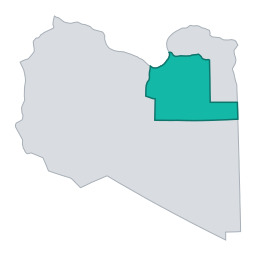 location of Ajdabiya within Libya
{"feature_id": "LBY-2983", "entity_name": "Ajdabiya", "entity_type": "Municipality", "adm_level": 1, "iso_a3": "LBY", "parent_name": "Libya", "parent_adm1": "", "projection": "orthographic", "projection_center": [21.402, 29.135], "detail": "fine", "context": "in_parent", "style": "filled", "palette": "teal", "viewbox_px": 256, "rotation_deg": 0, "n_neighbors": 0, "source": "natural_earth", "source_scale": "10m", "svg_char_len": 4021}
<svg xmlns="http://www.w3.org/2000/svg" viewBox="0 0 256 256"><path d="M23.1,60.6L24.8,59.9L27.2,59.2L28.5,58.6L29.0,58.0L31.0,55.7L32.0,54.5L33.4,52.7L34.1,51.5L34.2,50.2L34.2,48.8L33.6,45.2L33.2,41.7L33.9,40.5L34.5,39.9L35.7,38.4L36.1,38.1L38.5,37.8L39.5,36.8L40.3,35.6L40.6,34.9L41.6,34.3L42.9,33.6L43.7,32.8L46.2,31.5L48.5,30.4L51.2,29.2L53.3,28.2L53.8,27.3L53.8,26.5L52.9,24.5L53.1,22.3L53.4,20.5L53.6,19.4L54.3,16.4L54.4,16.0L56.3,17.2L58.4,17.7L64.2,22.0L66.2,22.6L70.5,23.4L75.7,22.2L77.7,22.1L81.0,23.7L82.4,24.3L84.9,24.5L89.1,26.1L90.2,26.6L92.5,28.9L93.7,29.6L102.5,32.0L103.6,33.3L104.8,35.8L104.6,38.9L105.2,41.1L106.2,44.0L107.4,46.1L108.8,47.8L110.5,48.9L114.4,50.7L118.8,51.5L123.4,51.8L131.0,54.3L137.6,57.0L139.2,58.2L142.4,59.5L148.9,65.5L152.6,67.6L155.1,68.0L157.5,67.7L161.6,65.7L163.4,64.6L167.6,59.6L169.0,57.0L169.5,55.2L169.4,53.3L168.9,51.6L167.8,49.8L167.0,47.5L166.6,43.3L167.3,40.4L168.1,38.7L169.3,36.9L172.7,33.5L176.2,31.2L182.1,28.1L185.6,28.0L187.0,27.7L189.9,25.5L191.0,25.4L192.6,25.9L197.3,25.7L199.4,26.3L201.8,27.7L205.0,28.5L207.2,29.4L209.5,30.4L210.1,33.1L209.9,34.0L209.8,35.0L212.3,36.9L219.3,37.6L220.6,38.1L222.6,39.5L223.8,39.9L228.6,40.0L231.4,39.6L234.0,40.1L235.0,40.5L236.1,41.6L237.4,44.3L237.9,45.2L237.4,45.7L236.7,46.7L236.2,47.5L235.0,49.0L234.0,50.5L234.2,52.6L234.5,54.8L235.3,57.0L235.9,59.4L235.8,60.9L235.4,62.9L234.8,64.5L232.8,67.9L232.5,68.7L232.6,69.8L234.0,73.7L234.2,75.0L235.0,78.8L235.8,81.9L236.7,84.3L236.8,85.0L236.9,88.6L237.0,92.2L237.2,95.8L237.3,99.4L237.4,103.0L237.5,106.6L237.6,110.2L237.7,113.8L237.8,117.4L237.9,121.0L238.0,124.6L238.1,128.2L238.2,131.8L238.3,135.4L238.4,139.0L238.5,142.6L238.6,146.2L238.7,149.8L238.8,153.3L238.9,156.9L239.0,160.5L239.1,164.1L239.1,167.7L239.2,171.3L239.3,174.9L239.4,178.5L239.5,182.1L239.6,185.6L239.7,189.2L239.8,192.8L239.9,196.4L239.9,200.0L240.1,207.9L240.3,215.8L240.5,223.7L240.6,231.6L236.7,231.8L233.0,231.9L229.3,232.0L225.6,232.1L225.6,234.1L225.7,236.1L225.7,238.0L225.7,240.0L218.4,236.4L211.2,232.8L203.9,229.1L196.7,225.4L189.5,221.7L182.3,217.9L175.1,214.1L168.0,210.3L160.9,206.5L153.8,202.6L146.7,198.7L139.7,194.7L132.7,190.7L125.7,186.7L118.7,182.7L111.8,178.6L107.0,175.8L101.7,178.1L97.5,179.9L92.0,182.2L85.6,185.3L80.7,187.6L80.3,187.5L75.6,182.7L71.9,179.0L70.2,177.9L63.0,175.7L55.9,173.4L48.5,170.9L47.3,168.0L46.0,164.7L44.2,160.6L43.1,158.1L42.7,157.7L37.1,155.3L31.2,152.9L27.5,153.7L26.9,153.5L26.0,152.7L25.1,151.6L24.6,150.2L23.4,148.3L22.4,144.0L22.6,140.7L22.4,139.5L19.7,134.5L17.2,130.0L15.6,127.0L15.4,125.6L15.7,124.1L16.6,122.8L19.5,121.4L22.1,119.8L22.6,118.6L23.0,115.1L22.3,114.0L21.9,111.9L21.6,109.0L21.7,107.2L23.1,103.8L24.7,100.2L24.3,96.0L24.5,87.7L25.5,81.2L25.4,78.8L25.3,77.8L24.8,74.7L24.1,71.4L23.8,70.2L22.7,67.6L21.0,64.2L20.1,62.1L21.7,61.3L23.1,60.6Z" fill="#d9dde1" stroke="#a8b0b8" stroke-width="1"/><path d="M237.4,102.4L237.4,103.6L237.6,109.3L237.6,109.9L237.7,112.3L237.8,117.7L237.8,119.2L232.9,119.4L227.6,119.7L219.2,120.0L210.9,120.3L202.5,120.5L194.2,120.6L185.6,120.5L177.0,120.3L170.8,120.4L164.5,120.3L159.7,120.3L154.8,120.2L155.2,98.8L152.9,98.6L148.9,97.2L145.8,96.1L145.9,90.1L146.2,85.5L147.3,82.2L149.0,79.9L149.5,77.5L149.3,74.8L149.5,72.1L150.1,69.0L150.4,66.1L152.4,67.5L153.0,67.8L154.2,68.0L155.4,68.0L156.7,67.9L157.5,67.7L158.1,67.5L159.2,67.0L160.8,66.0L161.1,65.9L161.7,65.8L162.0,65.6L163.9,64.2L166.2,61.5L166.8,60.4L167.1,60.0L167.6,59.6L167.9,59.3L168.8,57.5L169.5,55.7L169.5,55.0L169.5,53.0L169.4,52.9L169.6,52.8L169.5,52.6L169.3,52.4L170.1,52.2L171.6,52.7L172.2,53.7L173.2,55.1L174.6,56.1L175.6,56.4L177.6,56.3L180.3,55.8L185.6,56.0L186.7,56.0L190.2,55.8L191.0,55.5L192.1,55.0L194.5,54.8L196.5,54.6L198.5,54.2L199.6,55.1L201.2,56.6L202.0,58.2L203.5,59.2L204.5,59.4L205.9,59.8L207.2,59.7L208.3,59.6L208.7,59.7L209.0,59.8L209.5,60.1L209.7,70.6L209.9,81.2L210.0,91.7L210.2,102.3L216.9,102.3L223.6,102.3L230.4,102.3L237.1,102.3L237.4,102.4L237.4,102.4Z" fill="#14b8a6" stroke="#0f766e" stroke-width="1.5"/></svg>